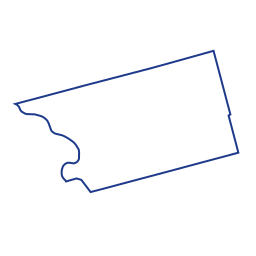 Atchison, Kansas, United States of America (Equal Earth projection), rotated 165°
{"feature_id": "52423323B34368338565604", "entity_name": "Atchison", "entity_type": "district", "adm_level": 2, "iso_a3": "USA", "parent_name": "United States of America", "parent_adm1": "Kansas", "projection": "equal_earth", "projection_center": [-95.118, 39.536], "detail": "fine", "context": "isolated", "style": "outline", "palette": "blue", "viewbox_px": 256, "rotation_deg": 165, "n_neighbors": 0, "source": "geoboundaries", "source_scale": "gbopen_adm2", "svg_char_len": 868}
<svg xmlns="http://www.w3.org/2000/svg" viewBox="0 0 256 256"><g transform="rotate(165 128 128)"><path d="M25.4,180.4L88.6,179.8L158.3,180.3L230.6,180.4L229.2,179.2L227.9,177.0L227.2,172.7L226.0,170.8L223.3,168.2L221.4,167.4L214.5,165.3L210.2,162.8L208.5,161.7L207.1,160.4L206.0,159.2L204.3,156.5L203.9,155.3L203.4,152.9L202.9,146.6L202.7,145.2L202.1,144.1L200.7,142.3L199.7,141.4L193.5,138.0L191.7,136.6L188.3,133.3L184.9,129.2L183.6,127.2L182.7,125.2L181.2,119.9L181.4,117.6L183.3,111.0L183.7,110.4L184.7,109.3L186.1,108.4L187.3,108.0L189.4,107.8L193.8,109.7L195.3,110.0L196.3,110.0L197.9,109.6L199.6,108.7L200.5,108.0L201.2,107.2L203.1,104.0L203.8,101.5L204.1,99.5L204.1,98.6L203.6,96.5L201.8,93.1L201.7,92.4L190.8,92.6L186.5,90.0L180.7,75.8L104.2,75.6L85.0,75.6L27.8,75.6L27.6,114.0L25.6,114.6L25.4,180.4Z" fill="none" stroke="#1e3a8a" stroke-width="2"/></g></svg>